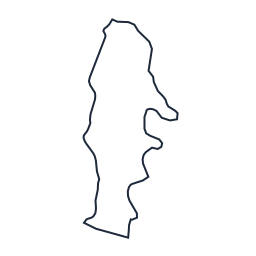 Val-d'Oise, Equal Earth projection, rotated 266°
{"feature_id": "FRA-5349", "entity_name": "Val-d'Oise", "entity_type": "Metropolitan department", "adm_level": 1, "iso_a3": "FRA", "parent_name": "France", "parent_adm1": "", "projection": "equal_earth", "projection_center": [2.084, 49.057], "detail": "fine", "context": "isolated", "style": "outline", "palette": "slate", "viewbox_px": 256, "rotation_deg": 266, "n_neighbors": 0, "source": "natural_earth", "source_scale": "10m", "svg_char_len": 1252}
<svg xmlns="http://www.w3.org/2000/svg" viewBox="0 0 256 256"><g transform="rotate(266 128 128)"><path d="M177.4,156.6L171.9,157.0L162.8,160.4L157.0,165.3L153.5,167.5L149.5,168.4L146.7,169.7L141.9,176.3L139.4,178.5L133.3,177.5L132.6,170.4L135.9,162.3L142.8,157.8L144.1,156.0L145.1,153.8L145.6,151.5L145.2,148.8L144.3,147.7L142.8,147.3L137.9,145.2L126.1,144.4L121.4,145.8L118.8,149.4L114.4,158.4L110.5,161.0L106.8,159.9L105.0,156.1L106.7,150.5L102.6,144.0L99.9,141.7L95.8,140.4L91.5,140.5L77.9,144.9L74.6,139.1L71.9,128.2L71.0,126.5L68.9,124.8L64.8,123.4L60.1,123.3L55.5,124.4L42.3,130.9L37.9,130.7L36.2,125.4L36.6,124.4L31.1,122.3L26.2,121.7L18.6,120.5L29.7,89.1L36.5,77.5L39.7,80.2L40.4,82.3L41.1,85.4L42.6,87.6L45.4,89.5L48.0,90.1L50.5,90.5L57.8,90.5L68.4,93.5L75.0,94.3L79.0,95.7L86.9,94.0L97.6,93.7L102.1,92.9L105.4,91.5L115.1,85.4L117.9,83.9L121.2,83.0L123.3,83.3L125.1,84.6L126.7,86.2L129.6,88.1L135.5,90.8L138.9,90.6L144.4,91.6L158.9,97.1L162.3,97.6L165.4,97.5L173.2,93.3L177.3,92.3L180.9,93.3L220.5,111.8L222.7,111.9L226.5,110.2L228.3,111.0L229.6,112.5L230.5,114.1L232.6,116.5L237.4,119.9L234.8,124.8L233.6,135.8L230.6,141.6L224.2,144.9L212.5,155.3L205.2,157.4L183.6,152.5L177.4,156.6Z" fill="none" stroke="#1e293b" stroke-width="2"/></g></svg>